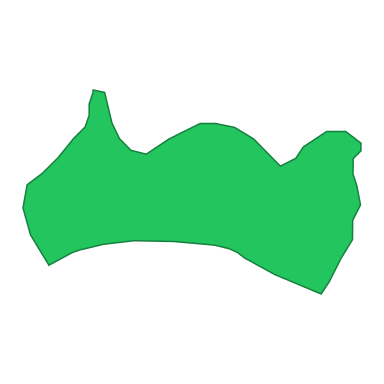 the district of Junghwa, P'yŏngyang, North Korea
{"feature_id": "82179303B90038198338897", "entity_name": "Junghwa", "entity_type": "district", "adm_level": 2, "iso_a3": "PRK", "parent_name": "North Korea", "parent_adm1": "P'yŏngyang", "projection": "robinson", "projection_center": [125.791, 38.876], "detail": "fine", "context": "isolated", "style": "filled", "palette": "green", "viewbox_px": 384, "rotation_deg": 0, "n_neighbors": 0, "source": "geoboundaries", "source_scale": "gbopen_adm2", "svg_char_len": 726}
<svg xmlns="http://www.w3.org/2000/svg" viewBox="0 0 384 384"><path d="M321.1,294.0L329.1,282.0L340.8,258.8L352.5,239.6L352.7,220.3L360.5,204.9L356.8,185.6L353.0,174.0L353.2,158.6L360.9,150.9L361.0,143.2L345.7,131.5L326.6,131.5L303.4,146.9L295.7,158.4L280.3,166.1L253.7,139.0L234.6,127.4L215.5,123.5L200.2,123.5L184.7,131.1L169.3,138.8L146.2,154.2L130.9,150.3L119.5,138.7L112.0,123.2L104.6,92.4L93.1,90.0L93.1,92.3L89.2,103.9L89.1,115.5L85.1,127.0L73.5,138.6L58.0,157.8L42.5,173.2L27.1,184.8L23.0,207.9L30.5,234.9L49.0,265.3L49.3,265.0L72.2,252.6L80.1,249.9L103.3,244.3L134.0,240.7L173.9,241.5L214.2,245.1L229.2,248.7L237.7,252.6L244.2,257.8L274.7,274.5L321.1,294.0Z" fill="#22c55e" stroke="#15803d" stroke-width="1.5"/></svg>